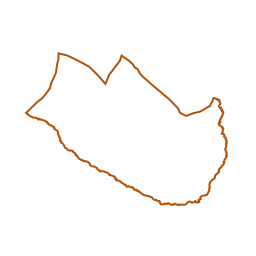 outline of West Ambae, Penama, Vanuatu, rotated 258°
{"feature_id": "77236927B38715927177991", "entity_name": "West Ambae", "entity_type": "district", "adm_level": 2, "iso_a3": "VUT", "parent_name": "Vanuatu", "parent_adm1": "Penama", "projection": "equal_earth", "projection_center": [167.719, -15.408], "detail": "fine", "context": "isolated", "style": "outline", "palette": "amber", "viewbox_px": 256, "rotation_deg": 258, "n_neighbors": 0, "source": "geoboundaries", "source_scale": "gbopen_adm2", "svg_char_len": 5693}
<svg xmlns="http://www.w3.org/2000/svg" viewBox="0 0 256 256"><g transform="rotate(258 128 128)"><path d="M163.9,31.4L163.1,32.2L162.8,32.8L162.5,32.9L162.1,32.8L161.7,33.3L160.6,34.0L157.9,37.4L157.8,38.2L157.1,39.9L157.0,40.4L156.8,40.4L156.2,41.2L155.9,41.4L155.5,42.0L154.8,42.2L154.9,42.7L155.5,43.2L155.4,43.4L154.5,44.3L154.0,45.1L153.6,46.2L152.8,47.1L152.4,48.3L151.7,48.8L151.2,49.3L151.0,49.8L150.7,49.7L150.1,50.0L149.6,50.7L149.1,50.5L148.9,50.6L148.6,51.1L148.3,51.4L148.0,51.3L146.6,53.0L146.4,53.6L145.4,54.2L144.1,56.1L143.5,56.0L143.3,55.8L142.7,55.6L141.2,57.1L139.9,58.2L139.0,58.7L138.5,58.7L137.1,58.2L135.4,58.6L134.7,58.9L134.0,58.7L132.8,59.3L132.2,59.5L131.3,59.4L131.2,59.1L130.4,58.8L129.6,58.9L129.5,59.0L129.0,59.9L128.3,60.0L127.8,59.8L127.6,59.6L127.3,59.8L127.0,60.3L126.1,61.0L124.4,61.9L124.0,62.0L123.1,61.9L121.9,62.3L121.6,62.6L120.7,63.7L119.3,64.3L118.5,65.1L118.3,65.4L118.0,67.2L117.8,67.4L117.7,68.1L117.2,68.6L117.2,69.0L116.6,69.4L115.9,69.4L115.4,69.7L114.7,70.9L114.2,70.9L112.8,71.6L112.6,71.5L112.6,71.3L112.5,71.2L111.8,71.6L111.6,72.2L111.1,72.6L109.1,73.2L107.8,74.1L107.0,75.3L106.5,75.5L106.3,76.0L106.3,76.5L106.2,76.5L105.7,77.0L104.8,77.5L104.6,78.1L104.7,78.9L104.5,79.5L103.7,80.6L103.4,81.5L103.1,81.8L102.5,82.1L102.3,82.5L101.7,82.7L101.4,83.0L101.0,83.2L100.1,82.9L99.5,83.5L99.1,83.6L98.1,84.7L97.9,85.2L97.4,86.8L97.1,87.4L95.8,88.6L95.4,89.3L94.9,89.4L94.4,89.3L93.9,89.8L93.5,89.9L92.3,91.5L92.1,91.5L92.0,91.2L91.9,91.2L91.7,91.6L91.3,91.8L91.1,92.5L91.3,93.8L90.5,95.5L89.7,96.2L88.9,98.2L86.6,100.2L85.8,100.1L85.5,101.2L84.5,102.7L83.9,104.1L83.5,104.2L82.8,104.7L82.6,104.5L82.3,104.6L82.1,105.4L81.4,105.4L80.8,105.1L80.6,105.3L80.0,106.5L79.8,106.6L79.6,106.5L79.4,106.0L79.2,105.9L79.1,106.2L79.0,106.8L78.4,107.6L78.1,108.9L76.6,109.7L76.2,110.0L76.1,110.5L75.6,110.6L75.2,111.1L74.3,112.0L73.4,112.5L73.3,113.4L73.0,113.9L71.2,114.3L71.1,115.0L70.7,115.3L70.6,115.5L70.9,116.5L70.8,116.9L70.0,117.5L69.7,117.9L69.5,118.3L69.4,119.4L69.0,120.2L68.5,120.6L68.1,120.5L67.7,120.6L67.3,121.4L66.6,121.3L66.2,121.6L65.8,123.3L65.5,123.4L65.1,123.3L64.8,123.5L64.8,124.5L64.7,124.8L64.2,125.2L63.6,125.1L62.8,126.3L61.7,127.2L61.2,127.4L60.4,128.5L59.3,129.3L58.7,130.5L58.0,131.4L57.9,132.4L57.8,132.8L57.5,133.0L57.3,133.9L57.1,134.3L56.1,135.3L55.7,136.3L55.3,136.9L53.3,137.8L52.5,138.5L52.1,139.3L51.6,140.9L51.1,141.2L50.0,142.4L49.9,142.9L50.1,143.5L49.9,143.6L49.3,143.5L49.0,143.6L48.6,144.0L48.4,144.1L47.7,143.8L47.1,144.1L46.6,144.1L46.4,144.3L46.2,144.9L46.1,147.0L46.1,147.3L46.5,148.1L46.4,148.4L46.0,148.8L45.8,149.5L45.8,150.2L46.1,151.6L45.9,152.3L45.5,152.4L44.4,153.5L43.9,154.8L43.5,155.1L43.9,155.7L43.6,156.2L43.6,156.6L43.8,157.0L44.3,157.3L44.3,157.8L44.0,158.1L43.8,158.6L43.5,158.8L43.1,159.9L42.6,160.3L42.3,161.2L42.3,161.8L42.5,162.4L42.1,162.8L41.9,163.4L41.9,165.0L41.2,167.1L41.3,168.3L41.5,169.0L41.7,169.5L43.0,171.3L43.2,171.5L43.2,172.6L43.1,173.4L42.8,174.0L41.9,174.6L41.7,174.8L41.6,175.4L41.9,177.4L42.2,177.9L42.5,178.7L42.1,178.9L41.6,178.6L41.3,178.8L40.8,180.0L40.8,181.2L40.6,181.9L40.7,182.2L41.2,182.4L41.8,182.2L42.1,181.9L42.7,181.8L42.7,182.1L43.0,183.0L43.1,183.8L43.4,184.4L43.8,184.4L44.3,184.2L44.9,184.1L45.4,184.7L46.1,186.4L46.2,187.0L46.2,187.9L45.9,189.4L46.2,190.0L46.1,190.9L46.4,191.5L48.9,193.5L49.4,194.4L51.7,194.7L52.5,195.6L53.4,195.4L53.7,195.8L56.1,195.9L57.0,196.7L57.6,196.8L57.9,197.1L58.3,197.7L58.9,198.5L59.4,198.9L59.6,199.6L60.1,200.1L60.2,201.3L60.4,201.7L61.3,202.7L62.3,202.9L63.8,203.8L64.3,204.7L64.4,205.3L65.0,205.9L65.1,206.3L65.6,206.7L65.8,207.2L66.3,208.1L66.7,208.2L67.1,207.9L67.8,208.3L68.2,208.2L68.6,208.3L69.0,208.8L70.3,211.2L71.1,211.5L71.6,211.9L71.9,213.0L72.6,213.9L72.8,214.0L73.9,214.8L74.2,214.9L74.8,214.5L75.2,215.3L76.9,215.8L77.6,216.7L78.0,217.0L78.5,217.7L79.0,218.0L79.8,218.8L80.7,218.3L81.0,218.4L81.4,219.0L82.2,219.1L82.7,218.9L83.2,219.3L83.9,219.3L84.4,218.8L85.5,218.8L86.2,219.0L86.8,218.6L87.3,218.9L87.8,219.4L88.4,219.5L89.0,220.1L90.2,220.3L90.6,220.6L91.2,220.7L91.4,220.5L91.8,220.5L92.6,221.4L93.4,221.1L94.5,221.9L95.3,221.3L96.2,221.7L96.7,221.5L97.1,221.1L97.3,221.2L97.8,221.6L98.1,221.6L98.4,221.4L99.0,220.4L99.7,220.6L100.1,220.3L100.7,220.7L101.4,220.8L101.9,220.4L102.4,219.9L102.7,218.8L103.5,219.4L103.8,219.1L104.6,219.9L105.1,220.0L105.5,220.2L107.1,220.4L107.5,221.0L107.8,221.1L108.1,220.6L108.3,220.8L108.7,220.6L109.1,220.5L109.4,220.0L109.8,220.0L110.1,219.8L111.8,217.9L112.9,218.2L113.0,217.7L113.6,217.5L114.2,218.1L114.2,218.4L114.0,219.1L114.7,219.9L115.0,219.9L115.6,219.1L116.6,219.4L117.0,219.7L117.3,220.4L117.6,220.6L118.3,220.8L118.9,221.7L119.3,222.0L119.6,221.9L120.8,223.0L121.8,223.8L123.0,224.4L123.8,224.6L124.1,224.3L124.2,223.6L124.5,223.4L125.6,223.8L125.8,223.5L126.3,223.9L126.7,223.1L127.1,222.7L127.6,222.6L128.0,223.2L128.5,223.4L128.6,223.2L128.7,222.4L128.9,222.1L130.0,221.5L131.2,221.8L132.0,223.1L133.1,223.5L133.8,223.3L134.5,222.9L135.0,223.2L135.4,223.1L135.7,222.7L135.9,222.5L136.5,223.0L136.6,222.7L136.6,222.1L136.7,221.8L136.9,221.5L137.2,221.4L137.8,221.4L137.9,220.3L138.1,220.1L138.6,219.9L138.9,219.1L139.3,218.8L139.5,218.4L139.6,217.8L136.5,216.2L134.5,214.1L132.3,212.5L131.6,209.3L130.1,205.5L129.0,201.6L128.9,194.6L127.7,187.4L132.1,182.0L137.1,180.9L147.2,174.5L164.7,160.9L174.8,153.4L178.9,150.9L183.9,149.5L185.6,147.3L189.5,145.9L193.9,142.7L200.1,136.8L195.4,134.0L184.0,120.7L175.9,115.1L186.3,109.2L195.7,103.0L200.4,97.7L207.9,88.5L211.7,83.4L215.4,75.7L213.6,75.1L210.2,74.4L204.3,71.6L197.2,69.1L187.7,62.2L183.1,59.9L178.0,54.2L175.1,50.5L171.9,44.0L163.9,31.4Z" fill="none" stroke="#b45309" stroke-width="2"/></g></svg>